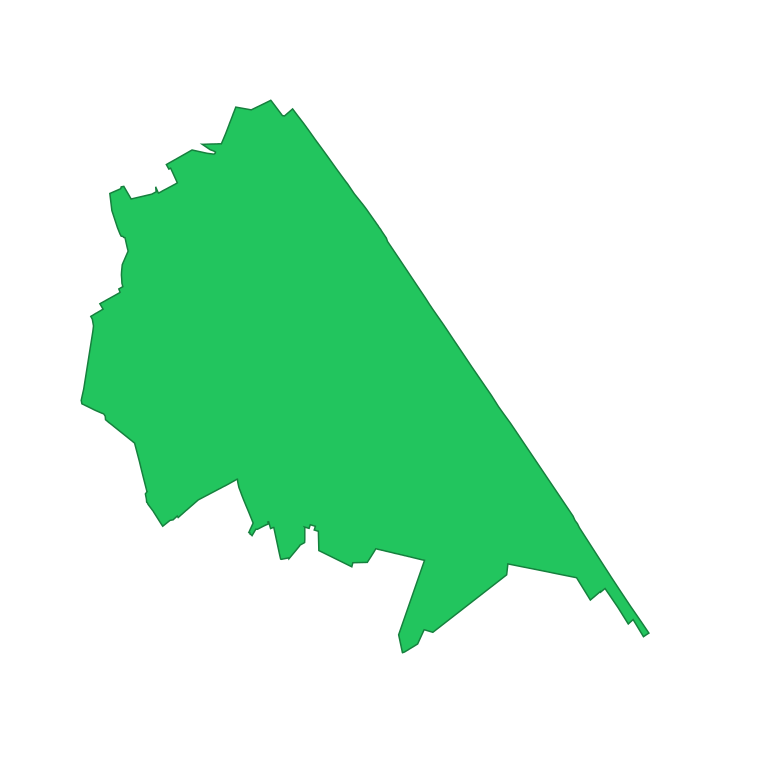 Mazatán, Chiapas, Mexico, rotated 189°
{"feature_id": "50627088B67111551527480", "entity_name": "Mazatán", "entity_type": "district", "adm_level": 2, "iso_a3": "MEX", "parent_name": "Mexico", "parent_adm1": "Chiapas", "projection": "albers", "projection_center": [-92.476, 14.878], "detail": "fine", "context": "isolated", "style": "filled", "palette": "green", "viewbox_px": 768, "rotation_deg": 189, "n_neighbors": 0, "source": "geoboundaries", "source_scale": "gbopen_adm2", "svg_char_len": 4904}
<svg xmlns="http://www.w3.org/2000/svg" viewBox="0 0 768 768"><g transform="rotate(189 384 384)"><path d="M591.8,222.0L591.3,221.3L581.8,210.5L580.3,208.9L574.0,215.8L571.6,216.7L571.1,216.8L567.6,221.2L566.4,219.9L565.1,221.5L563.9,223.0L563.1,223.9L562.3,224.9L561.4,226.0L559.8,228.0L559.3,228.6L559.2,228.6L558.8,229.1L555.9,232.6L553.6,235.3L551.8,237.5L550.5,239.0L550.4,239.1L550.2,239.4L549.9,239.8L549.5,240.2L549.4,240.4L549.0,240.7L548.2,241.3L545.0,243.7L538.3,248.7L532.8,252.8L530.7,254.4L529.5,255.2L528.6,255.9L528.0,256.4L527.6,256.7L526.5,257.5L526.0,257.9L524.9,258.6L523.9,259.4L522.3,260.6L514.1,267.1L513.8,267.0L513.8,266.5L512.9,263.7L511.4,259.8L511.0,258.9L508.7,254.9L507.5,252.7L504.7,247.9L501.1,242.0L497.5,236.2L491.5,226.2L493.1,220.4L493.2,220.2L494.2,216.4L494.3,216.3L494.0,216.0L493.3,216.2L492.8,214.8L491.3,214.2L490.6,213.6L487.9,220.5L486.3,220.7L479.1,226.0L479.1,225.9L478.2,226.5L477.2,227.1L476.2,227.7L477.2,229.5L476.4,229.9L473.4,223.5L470.5,225.2L470.6,225.6L461.1,200.9L460.0,198.1L458.7,194.9L457.9,194.8L451.0,197.3L450.6,196.4L445.1,205.6L442.0,210.9L442.1,211.4L437.6,215.0L437.9,218.0L439.8,230.0L440.1,230.3L435.8,229.7L435.4,229.7L434.8,233.5L432.8,233.2L429.5,232.7L430.1,228.9L426.9,228.4L425.8,228.3L422.3,209.3L387.2,198.4L386.8,202.6L372.6,205.2L371.7,207.3L369.7,211.8L368.9,213.7L367.9,216.0L366.9,218.5L366.3,220.0L365.9,220.0L365.0,219.9L364.0,219.8L363.0,219.7L362.0,219.7L361.1,219.6L360.1,219.5L359.1,219.5L358.1,219.4L357.1,219.3L356.1,219.2L355.2,219.1L354.2,219.1L353.2,219.0L352.2,218.9L351.5,218.9L351.3,218.9L350.3,218.8L349.3,218.7L348.3,218.6L347.4,218.5L346.4,218.4L345.4,218.4L344.4,218.3L343.4,218.3L342.4,218.2L341.5,218.1L340.5,218.0L339.5,218.0L338.5,217.9L337.6,217.8L336.6,217.7L335.6,217.7L334.6,217.6L333.6,217.5L332.7,217.4L331.7,217.4L330.7,217.3L329.7,217.2L318.8,216.3L316.4,216.2L330.3,138.6L323.8,121.6L323.7,121.5L321.8,122.5L310.1,132.5L308.2,139.4L305.9,147.6L296.9,146.4L233.0,214.7L233.5,225.7L228.7,225.5L163.5,222.8L146.4,202.9L137.8,212.9L137.5,212.3L133.7,216.6L117.9,199.8L105.2,185.2L101.1,190.3L88.2,175.0L85.2,177.8L84.3,178.6L83.4,179.4L86.0,182.2L92.1,188.7L97.6,194.5L103.9,201.1L106.0,203.3L119.9,218.4L129.2,228.6L155.2,257.7L168.5,272.6L171.1,276.3L174.0,279.1L176.6,283.1L252.8,364.9L261.4,373.5L267.4,379.6L276.1,389.5L300.3,415.0L311.2,426.8L321.4,437.7L334.1,451.5L347.5,465.4L351.5,469.7L356.0,474.8L362.0,481.3L368.6,488.4L373.7,493.9L387.8,509.2L402.8,525.3L404.5,528.5L410.1,534.5L411.5,536.2L413.0,537.6L413.7,538.3L414.1,538.8L414.5,539.2L414.7,539.6L415.1,539.9L415.6,540.4L416.1,540.9L416.5,541.3L417.1,541.9L417.4,542.3L418.1,543.0L419.2,544.1L422.1,547.1L426.0,551.1L427.8,553.0L428.7,553.9L432.2,557.3L443.0,567.1L451.4,576.1L453.6,578.1L463.5,587.9L474.5,599.1L482.7,607.3L490.0,614.5L497.8,622.5L504.1,628.8L511.4,635.7L517.2,641.3L517.3,641.4L522.7,635.0L524.2,633.2L526.3,633.2L539.7,646.1L540.2,646.5L540.4,646.3L558.0,634.0L573.7,634.3L574.9,628.5L575.0,628.3L575.3,626.9L575.5,625.7L576.9,619.1L577.0,618.8L577.0,618.5L577.1,618.3L577.2,617.8L577.4,617.0L577.4,616.7L579.6,606.3L582.2,595.8L582.3,595.8L585.7,595.2L586.4,595.0L587.1,594.9L587.8,594.8L588.6,594.6L589.4,594.5L590.3,594.3L591.2,594.2L600.2,592.4L601.0,592.3L592.3,588.2L588.7,587.5L586.7,586.7L586.9,585.3L588.0,584.4L594.9,584.2L610.2,585.1L611.6,584.0L616.6,580.0L621.6,576.0L626.5,572.1L631.1,568.5L631.4,568.2L633.3,566.7L630.1,562.6L629.4,563.1L628.5,563.8L624.9,558.4L619.6,550.4L621.4,548.8L623.3,547.4L625.2,545.9L627.1,544.5L628.9,543.1L630.8,541.7L632.7,540.3L634.5,538.8L636.4,537.4L636.7,537.3L640.1,542.5L640.2,542.4L639.1,538.2L643.0,535.2L662.7,527.2L671.9,538.5L674.4,537.6L674.6,535.7L684.6,529.3L679.9,512.7L671.7,496.7L668.1,490.7L667.6,490.1L667.3,489.7L667.0,489.1L666.7,489.0L666.2,488.9L665.6,488.9L664.8,488.8L664.2,488.3L663.7,488.0L662.7,488.0L662.3,487.0L659.1,478.9L657.5,475.2L659.0,469.5L660.4,464.0L660.5,463.8L661.0,461.6L661.1,461.4L661.2,460.8L660.8,454.4L660.6,452.3L660.4,450.5L659.5,446.8L659.1,444.9L658.9,443.9L658.7,443.0L658.5,442.2L658.0,441.2L657.4,439.8L657.2,439.3L660.8,436.4L659.0,433.3L659.0,433.2L660.3,432.1L676.1,419.7L677.2,418.8L673.2,414.0L676.3,411.4L677.8,410.2L678.7,409.4L679.6,408.8L680.4,408.1L681.2,407.4L682.0,406.7L682.8,406.0L684.0,405.1L684.2,404.9L682.2,402.3L680.0,395.9L679.8,390.4L679.8,332.1L680.2,325.9L680.5,320.4L680.4,320.3L679.3,317.2L678.4,316.9L670.1,314.4L666.4,313.2L664.3,312.6L658.0,311.0L656.8,310.8L655.9,310.4L654.4,308.7L654.1,307.8L653.5,305.2L649.6,302.8L648.7,302.4L647.5,301.7L645.1,300.4L644.9,300.2L644.7,300.1L626.1,289.5L621.1,286.6L613.4,269.1L611.0,263.3L607.4,254.8L601.5,241.1L601.1,240.6L601.6,240.1L601.7,239.5L601.9,239.1L602.3,238.6L602.5,238.1L600.8,233.5L600.5,232.4L600.3,231.7L600.1,230.7L599.9,230.1L599.0,229.5L598.3,228.3L591.8,222.0Z" fill="#22c55e" stroke="#15803d" stroke-width="1.5"/></g></svg>